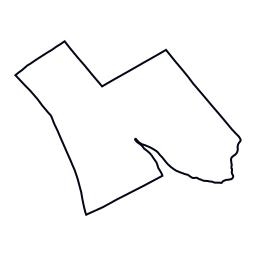 outline of Ungureni, Botosani, Romania, rotated 180°
{"feature_id": "2599482B2994749554598", "entity_name": "Ungureni", "entity_type": "district", "adm_level": 2, "iso_a3": "ROU", "parent_name": "Romania", "parent_adm1": "Botosani", "projection": "natural_earth1", "projection_center": [26.795, 47.826], "detail": "fine", "context": "isolated", "style": "outline", "palette": "ink", "viewbox_px": 256, "rotation_deg": 180, "n_neighbors": 0, "source": "geoboundaries", "source_scale": "gbopen_adm2", "svg_char_len": 2009}
<svg xmlns="http://www.w3.org/2000/svg" viewBox="0 0 256 256"><g transform="rotate(180 128 128)"><path d="M204.7,139.5L204.0,138.0L201.8,132.3L198.5,125.4L195.5,118.4L192.3,111.1L189.2,104.0L185.3,95.2L183.6,91.1L181.4,86.1L179.0,79.1L178.1,76.2L176.9,71.6L174.8,63.8L173.6,56.8L173.3,55.4L172.2,50.0L170.7,43.8L169.8,41.3L153.0,48.9L139.0,56.6L111.4,70.7L93.6,80.2L94.1,81.8L95.1,83.8L96.5,86.1L97.6,87.8L98.7,91.2L99.4,93.4L102.5,97.8L104.4,100.7L106.6,103.2L109.6,105.7L112.0,107.5L112.8,108.7L114.0,110.2L116.0,111.9L117.8,113.1L119.1,114.1L120.4,115.6L120.9,116.3L120.6,117.1L120.1,117.1L119.6,116.4L117.1,113.7L114.0,111.7L111.8,111.1L106.2,108.8L102.9,107.0L100.0,105.2L98.4,103.9L95.9,100.8L93.8,98.7L91.4,95.6L89.6,93.4L87.9,91.5L85.2,89.1L82.4,87.0L79.8,85.3L75.2,83.4L72.8,82.6L71.7,82.1L69.9,81.6L68.1,81.2L66.4,79.9L63.9,78.3L62.8,78.0L61.0,78.1L59.7,78.3L58.5,78.0L57.5,77.2L56.2,76.7L55.0,76.4L53.9,75.8L52.0,75.2L48.6,75.0L47.5,74.8L46.2,74.5L44.1,74.4L41.5,73.4L39.2,73.3L36.8,73.3L35.6,73.2L34.6,73.1L34.1,73.4L33.6,74.1L33.1,74.7L31.7,75.4L29.9,76.1L28.1,76.2L26.4,76.5L24.5,76.9L23.9,77.5L23.4,78.0L22.8,79.2L22.9,80.3L23.2,80.9L23.6,81.6L24.0,82.6L24.3,83.5L24.0,84.9L24.0,87.0L24.6,87.7L24.5,89.8L24.2,91.2L24.7,93.1L24.7,94.3L25.0,96.1L24.8,97.4L24.4,98.5L22.8,100.0L20.9,101.2L19.5,102.7L18.9,103.8L18.3,105.8L18.2,107.8L18.5,108.8L17.9,111.6L17.5,112.4L16.7,113.6L15.6,114.8L15.4,116.5L17.0,119.3L19.8,122.1L23.8,126.3L35.8,140.7L42.7,148.7L53.5,161.5L62.9,172.5L67.9,179.2L73.9,186.5L81.4,195.4L87.5,203.0L90.0,206.1L96.4,202.4L106.4,196.7L112.5,193.3L114.7,192.0L118.7,189.7L123.6,186.9L132.6,181.8L142.0,176.5L148.3,172.9L153.9,169.6L158.1,174.6L162.9,180.2L171.2,190.3L178.5,198.7L186.4,208.3L191.4,214.7L195.9,211.6L199.1,209.7L204.0,206.2L208.6,203.5L218.1,197.4L220.2,196.0L226.1,192.0L228.7,190.5L234.2,185.7L237.3,183.5L240.6,180.8L231.0,170.6L225.5,165.0L218.5,156.9L213.9,150.7L207.9,143.5L205.1,140.5L204.7,139.5Z" fill="none" stroke="#020617" stroke-width="2"/></g></svg>